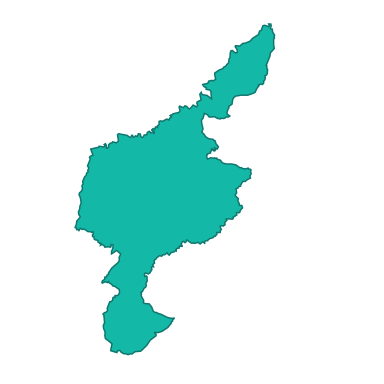 Xochicoatlán, Hidalgo, Mexico, rotated 340°
{"feature_id": "50627088B82617761182934", "entity_name": "Xochicoatlán", "entity_type": "district", "adm_level": 2, "iso_a3": "MEX", "parent_name": "Mexico", "parent_adm1": "Hidalgo", "projection": "robinson", "projection_center": [-98.634, 20.789], "detail": "fine", "context": "isolated", "style": "filled", "palette": "teal", "viewbox_px": 384, "rotation_deg": 340, "n_neighbors": 0, "source": "geoboundaries", "source_scale": "gbopen_adm2", "svg_char_len": 6002}
<svg xmlns="http://www.w3.org/2000/svg" viewBox="0 0 384 384"><g transform="rotate(340 192 192)"><path d="M150.3,116.5L143.0,112.2L142.4,112.3L141.6,112.7L140.4,118.7L140.0,119.2L137.8,119.9L134.5,117.7L133.6,118.5L132.1,118.2L130.0,118.9L129.2,121.0L127.9,121.8L126.6,121.5L127.5,119.1L127.2,117.1L125.7,117.3L126.1,118.4L124.7,119.6L120.4,117.2L119.7,118.0L111.5,117.0L111.5,123.6L108.6,123.6L107.5,124.4L107.7,126.2L102.7,131.8L103.3,134.1L101.4,136.1L101.4,137.5L99.4,138.2L98.4,140.0L96.2,141.1L92.8,144.8L92.5,147.1L90.8,148.3L90.1,151.8L88.1,153.5L85.9,154.4L85.0,155.8L85.1,159.5L84.1,164.4L81.9,166.9L80.6,169.6L78.4,172.0L77.9,174.6L78.5,176.7L78.2,177.5L73.8,179.9L72.1,183.1L70.0,185.4L71.1,186.7L70.8,187.9L71.8,188.1L72.5,189.6L74.6,187.9L76.2,189.7L78.2,190.1L80.5,193.5L83.3,194.8L84.0,195.7L85.4,195.6L85.0,197.6L83.7,198.3L83.4,199.9L84.5,200.4L84.0,202.9L85.3,204.3L86.5,204.8L86.9,206.0L86.5,206.8L87.4,207.6L87.5,208.7L89.0,209.3L87.9,210.7L89.5,210.5L91.0,212.2L91.2,214.0L95.5,215.1L96.2,216.0L97.2,215.7L97.9,213.7L99.8,214.8L98.2,218.0L96.0,220.4L95.2,222.6L101.2,221.2L103.8,225.9L101.1,228.6L100.3,231.5L98.3,233.1L90.9,235.9L85.9,239.4L85.4,240.8L83.8,241.0L82.6,242.6L81.1,242.1L80.0,244.2L77.4,244.9L76.4,246.1L76.5,246.9L79.8,246.7L81.5,248.2L82.9,247.6L83.2,249.2L84.9,251.3L85.6,253.4L87.1,254.1L90.3,258.8L89.7,261.4L87.8,263.5L86.4,263.7L84.3,263.0L83.8,264.6L82.1,264.0L81.2,264.7L80.8,266.1L79.0,267.3L77.2,267.0L72.6,272.2L72.1,274.5L70.4,275.6L68.5,275.4L66.6,276.3L67.1,277.5L65.1,285.0L63.0,287.1L62.3,289.8L62.4,294.1L61.0,297.1L60.5,300.0L64.9,307.2L61.3,313.3L66.5,317.2L67.3,316.1L69.3,315.9L70.1,316.4L70.5,318.1L72.5,320.6L75.0,321.6L75.5,322.5L76.8,323.0L78.8,322.9L80.1,323.7L84.0,322.6L89.1,324.0L90.5,323.6L97.1,320.6L102.1,316.9L109.0,314.8L109.6,313.4L108.7,312.0L108.9,311.2L112.0,312.5L116.2,312.7L123.0,311.0L127.6,308.2L128.2,307.1L129.6,306.7L129.7,305.8L131.9,304.8L132.0,304.3L129.8,303.9L126.0,301.5L121.1,296.3L118.7,294.6L117.5,293.1L115.9,292.4L114.8,290.8L114.8,286.4L113.5,282.5L109.7,280.8L108.4,279.4L109.5,277.4L108.7,272.0L109.6,270.8L109.6,268.8L111.1,268.8L114.0,266.1L115.9,265.6L117.1,264.1L117.5,261.8L119.3,260.6L120.8,256.1L120.4,255.3L118.7,255.1L119.2,252.9L120.5,252.1L122.9,254.1L124.6,253.7L127.8,251.2L128.0,248.9L128.8,248.6L130.3,249.2L130.2,246.8L132.4,246.1L133.1,243.2L135.0,242.8L136.5,241.7L139.7,240.7L141.6,242.0L142.9,241.0L144.7,241.6L147.9,240.7L148.3,242.6L149.0,243.5L151.7,241.8L155.1,242.1L157.2,240.8L156.6,241.7L156.9,242.1L158.1,239.8L160.8,240.3L161.5,238.6L164.1,239.7L164.4,239.0L163.9,237.4L165.6,235.7L167.2,235.5L168.0,237.1L168.8,237.2L170.7,235.3L173.9,239.8L177.7,241.3L180.5,241.3L181.2,242.9L182.1,243.6L184.9,242.5L186.1,243.5L186.2,245.1L186.9,243.0L187.6,242.5L190.2,243.1L190.7,242.4L192.9,241.9L196.1,242.1L197.7,241.2L198.7,241.5L200.9,240.3L201.4,238.6L204.6,239.7L205.6,237.8L206.8,237.2L206.5,234.8L206.9,233.6L208.3,233.8L209.7,234.7L211.9,234.0L212.3,231.9L215.1,230.5L214.7,229.6L215.0,228.9L221.0,231.4L221.5,231.1L221.8,229.9L226.3,228.9L226.6,226.8L227.6,226.6L228.4,227.4L229.8,227.6L231.3,225.6L234.1,224.2L234.2,221.7L231.9,220.7L232.4,218.9L232.1,215.8L233.3,214.1L231.4,210.3L231.5,209.6L233.6,208.2L234.5,204.1L236.5,204.0L237.6,203.0L239.7,203.1L239.8,202.3L243.5,199.4L245.6,200.3L248.4,199.2L251.6,199.0L251.9,196.8L253.8,195.1L254.1,192.8L255.0,191.5L254.9,190.8L253.4,190.1L252.9,188.7L250.4,188.7L247.9,187.5L246.6,185.9L245.4,185.7L242.5,181.5L238.4,179.0L234.4,177.7L231.3,175.7L230.4,174.6L229.5,171.7L226.9,169.9L226.9,168.6L225.8,168.6L225.0,167.6L223.9,167.7L221.3,166.2L217.9,166.4L217.8,164.5L218.3,162.5L218.8,162.5L219.4,161.5L222.8,161.7L222.9,160.7L225.0,159.4L224.7,157.6L226.3,160.3L226.5,159.4L227.0,160.2L226.8,161.3L227.6,160.2L227.5,159.3L228.2,160.8L228.6,160.4L228.4,158.5L230.5,160.2L232.3,158.6L231.0,154.6L231.3,152.0L230.2,150.9L230.0,149.9L225.9,147.6L223.7,144.7L223.1,141.9L221.7,139.3L224.0,136.3L224.5,131.2L225.6,127.5L227.6,126.5L230.5,122.3L233.2,125.0L233.4,126.8L234.2,127.6L239.1,129.1L241.0,131.5L243.5,133.0L244.1,132.6L246.9,133.7L248.7,133.7L250.0,133.1L251.5,133.9L253.3,133.8L253.6,133.5L251.7,131.0L252.0,129.4L254.2,126.5L255.4,125.7L255.6,124.3L259.7,123.1L261.9,118.9L263.9,117.4L265.8,116.8L271.2,117.8L277.5,120.1L283.8,120.2L285.5,119.8L288.3,116.9L291.2,115.1L291.0,114.3L293.6,114.1L295.1,115.1L296.7,114.0L297.3,112.3L298.8,111.5L300.0,109.7L300.2,107.8L301.7,107.7L303.2,106.6L304.9,102.8L304.6,101.0L305.5,99.1L305.0,98.4L311.7,91.0L313.2,88.1L318.4,85.3L319.0,82.0L320.9,76.4L322.1,75.6L322.6,73.6L323.2,73.0L322.5,68.9L323.2,66.4L321.7,65.7L321.6,65.0L323.3,62.9L323.5,61.1L321.5,60.3L321.5,62.3L320.6,62.8L317.3,60.2L315.5,60.0L312.2,63.9L310.5,63.9L308.3,66.8L301.5,68.3L298.0,70.2L292.8,70.3L290.5,69.7L286.9,71.2L282.9,69.4L282.3,70.2L283.1,74.2L282.0,76.5L280.1,76.0L278.2,72.7L276.7,72.7L275.4,74.6L273.8,78.4L272.5,79.5L270.4,83.3L268.3,84.1L267.0,85.2L264.3,85.6L263.2,86.6L259.2,86.7L254.2,87.9L253.5,89.3L252.8,94.1L250.0,94.9L248.8,93.9L245.5,93.5L244.2,95.3L238.8,94.6L239.1,96.7L241.0,99.0L240.4,100.4L243.5,102.2L244.2,103.7L242.2,111.1L239.1,106.3L235.0,104.1L234.7,103.5L234.8,101.5L232.8,102.7L232.1,108.6L227.7,109.1L226.9,110.1L226.9,112.6L225.4,113.5L222.8,110.7L219.4,112.7L218.0,112.9L217.2,112.2L216.3,109.7L214.8,108.6L212.7,109.8L209.9,107.1L209.0,107.6L208.5,111.4L207.7,112.4L206.4,112.7L200.9,112.0L199.6,112.8L198.6,112.4L197.5,112.7L198.2,114.5L196.1,115.1L195.1,116.5L193.2,114.8L188.5,115.5L186.8,114.4L185.2,114.4L184.1,117.4L182.0,118.1L181.7,119.6L180.5,118.5L179.8,118.5L178.7,120.2L177.3,119.1L175.6,119.7L175.4,120.3L177.2,121.9L177.2,122.6L176.1,123.9L175.4,122.3L173.4,122.3L172.9,120.5L171.9,120.3L170.1,121.0L169.3,122.7L166.6,122.1L164.7,123.8L163.5,123.6L162.9,122.5L163.2,119.8L161.5,118.9L159.7,121.1L158.1,119.9L156.1,120.7L155.3,119.8L155.5,118.4L154.6,118.2L153.2,119.7L152.4,119.5L150.3,116.5Z" fill="#14b8a6" stroke="#0f766e" stroke-width="1.5"/></g></svg>